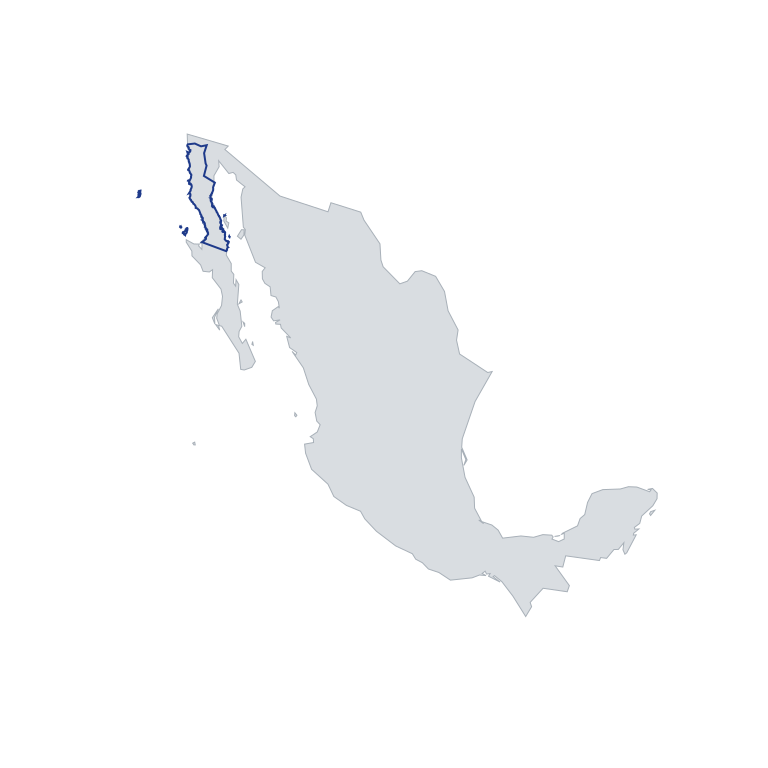 Ensenada, Baja California, Mexico shown in context, rotated 21°
{"feature_id": "50627088B13797450449328", "entity_name": "Ensenada", "entity_type": "district", "adm_level": 2, "iso_a3": "MEX", "parent_name": "Mexico", "parent_adm1": "Baja California", "projection": "orthographic", "projection_center": [-114.931, 30.193], "detail": "fine", "context": "in_parent", "style": "outline", "palette": "blue", "viewbox_px": 768, "rotation_deg": 21, "n_neighbors": 0, "source": "geoboundaries", "source_scale": "gbopen_adm2", "svg_char_len": 9505}
<svg xmlns="http://www.w3.org/2000/svg" viewBox="0 0 768 768"><g transform="rotate(21 384 384)"><path d="M110.7,221.2L153.3,217.7L151.4,222.1L219.5,245.8L270.0,243.3L269.5,233.8L300.7,231.9L306.6,238.2L330.0,254.6L336.7,269.4L341.2,274.9L362.9,284.8L369.0,279.6L372.8,267.9L378.7,264.7L393.6,265.0L407.3,275.9L417.6,292.7L433.8,307.0L436.0,317.1L443.8,328.9L476.7,336.1L480.5,333.6L475.3,367.7L476.7,407.1L479.2,415.2L488.8,425.1L487.7,431.4L487.5,425.2L479.5,416.8L482.7,425.2L493.1,442.1L508.7,457.3L513.1,467.5L523.9,476.9L521.2,477.1L527.0,478.7L525.0,477.4L535.3,477.0L542.9,479.5L550.0,485.4L566.3,476.8L578.6,473.5L586.3,467.7L594.8,465.0L596.7,466.2L596.4,468.6L603.5,468.6L607.8,464.1L605.8,458.8L603.7,460.6L604.1,459.4L615.5,447.1L615.3,439.3L618.2,434.0L616.5,421.6L617.5,411.8L626.1,404.2L642.3,397.3L649.0,392.3L656.9,389.6L670.6,389.4L671.3,387.1L667.9,387.9L672.1,385.3L678.1,387.9L680.0,393.2L678.6,401.3L671.9,414.9L672.7,422.5L669.1,428.2L670.2,429.6L673.9,428.0L670.6,433.8L670.9,435.7L673.5,434.4L671.1,454.6L669.9,456.6L666.5,453.1L664.8,446.2L662.0,454.5L658.0,456.1L654.3,467.0L648.4,468.4L648.4,471.6L615.2,479.3L616.5,490.8L608.9,492.4L629.3,505.8L629.5,512.3L605.7,517.7L598.7,535.5L601.6,539.0L599.6,550.3L580.3,535.8L564.9,526.3L555.8,523.3L554.9,524.7L563.4,527.3L550.5,526.0L551.0,522.9L547.9,524.7L545.5,522.5L543.5,525.7L547.9,526.3L541.6,528.1L535.7,533.4L516.3,543.3L502.8,540.3L491.8,540.8L483.9,537.1L476.4,536.2L471.3,532.3L453.0,531.0L429.7,524.2L414.4,516.8L407.7,511.2L392.4,510.8L377.5,507.0L367.6,497.6L347.0,489.6L335.6,476.7L331.4,468.6L339.2,463.9L337.6,460.4L334.0,459.6L338.9,452.7L339.0,444.9L334.5,442.7L329.9,435.3L329.5,428.3L326.3,422.3L313.9,411.4L302.9,397.8L286.5,386.5L291.1,388.6L291.3,385.9L282.8,383.8L276.1,374.4L280.4,374.4L267.9,368.5L266.0,365.4L261.5,366.8L260.7,365.4L264.0,361.4L258.3,364.6L254.6,362.0L253.5,355.6L257.5,349.7L259.1,350.7L255.9,345.0L251.9,341.5L246.8,341.9L242.9,334.1L236.7,332.7L232.8,329.4L230.0,322.6L231.4,318.1L220.4,316.4L200.6,294.8L199.3,289.6L196.5,288.0L183.6,260.8L182.3,252.5L183.6,249.7L173.2,246.4L170.7,241.9L167.3,240.5L163.7,243.1L149.6,234.8L152.2,240.2L150.6,250.5L153.8,258.7L156.6,274.3L171.2,288.0L176.0,297.2L178.2,296.8L179.3,299.5L181.5,299.8L183.6,305.8L187.8,307.6L190.5,320.1L198.2,326.3L200.9,333.3L204.5,335.5L207.3,343.8L210.4,345.8L208.5,339.6L212.8,343.1L218.5,362.1L223.6,367.5L230.6,381.1L229.9,386.9L231.4,392.0L237.2,396.9L239.0,391.7L255.8,409.0L254.6,415.8L248.5,421.0L245.0,421.7L237.6,407.2L211.8,388.2L209.5,388.5L204.2,382.5L203.1,378.2L204.2,368.9L201.8,360.0L197.8,353.8L185.6,346.3L183.0,338.7L180.8,342.0L174.7,343.6L170.1,338.5L158.8,333.2L157.0,328.8L148.5,322.4L147.7,320.2L156.4,321.4L161.4,319.5L161.4,321.5L165.7,323.6L164.0,318.5L162.0,318.2L166.0,307.8L149.6,288.4L136.1,279.9L133.7,275.6L133.6,268.4L130.4,266.0L129.3,257.8L125.1,254.2L124.5,249.4L118.7,241.7L117.7,238.1L119.5,235.7L115.5,232.5L110.7,221.2ZM199.8,295.1L198.6,300.1L194.2,298.6L195.7,291.0L198.2,290.2L199.8,295.1ZM182.3,294.5L176.0,289.2L174.3,283.6L177.4,285.4L178.2,288.5L181.4,289.2L182.3,294.5ZM680.0,411.2L678.4,410.0L678.7,407.6L682.1,404.8L680.0,411.2ZM204.6,388.6L200.0,383.6L202.4,373.2L201.9,382.5L204.6,388.6ZM145.2,315.4L141.9,314.6L144.1,309.1L145.7,313.2L145.2,315.4ZM88.8,296.2L86.0,292.5L86.6,290.9L87.6,291.1L88.8,296.2ZM208.5,388.7L211.3,392.6L205.5,388.8L208.5,388.7ZM313.9,444.4L313.4,446.2L311.9,445.6L311.1,442.8L313.9,444.4ZM232.2,377.3L233.4,380.4L230.2,376.6L232.2,377.3ZM220.4,356.8L222.2,358.2L219.8,361.1L220.4,356.8ZM229.6,508.5L228.4,509.0L226.6,507.8L228.1,506.1L229.6,508.5ZM600.6,463.8L597.8,465.2L602.6,462.4L600.6,463.8ZM248.1,394.7L246.5,394.4L246.1,391.4L248.1,394.7Z" fill="#d9dde1" stroke="#a8b0b8" stroke-width="1"/><path d="M114.9,230.6L114.8,231.7L115.4,232.7L115.8,232.9L116.4,232.8L116.8,233.0L117.1,233.4L117.1,234.3L117.3,234.5L117.7,234.5L118.1,234.8L118.0,234.7L118.7,235.4L119.2,235.5L119.4,235.8L119.3,235.6L119.4,235.4L119.5,235.5L119.4,235.6L119.5,235.5L119.6,235.8L119.7,236.3L119.5,237.1L119.4,237.3L119.0,238.2L118.6,238.4L117.6,237.8L117.3,237.8L117.6,238.1L117.6,238.3L117.8,238.3L117.8,238.5L118.1,238.5L118.3,238.7L118.2,238.7L118.4,238.8L118.9,239.6L118.6,240.5L118.9,241.3L118.1,241.5L118.1,241.9L118.5,241.9L118.9,242.7L119.1,242.7L119.6,243.1L119.7,243.8L120.3,243.8L121.1,244.4L121.3,244.8L121.5,244.9L121.7,245.8L122.3,246.3L122.3,246.6L122.6,246.8L123.0,247.2L123.0,247.4L123.4,247.6L123.9,248.4L124.1,249.1L124.3,249.2L124.9,250.5L124.8,251.5L124.3,253.9L124.3,254.3L124.6,254.5L125.3,254.3L125.5,254.3L126.0,255.0L126.5,255.4L126.8,256.1L127.3,256.6L127.7,256.6L128.5,257.4L129.0,257.5L129.3,258.0L129.5,259.6L129.8,260.0L129.9,261.1L129.5,264.8L129.7,265.1L129.7,265.5L130.0,265.6L130.1,265.8L130.2,266.5L130.2,267.0L130.3,267.1L130.6,267.1L130.4,266.7L130.7,266.4L131.3,266.2L131.8,266.3L133.0,267.2L133.7,268.4L134.0,269.7L133.8,271.9L134.1,272.3L134.2,272.8L133.6,275.8L133.8,275.6L134.1,275.6L134.9,275.8L135.6,276.8L135.9,278.4L135.6,279.9L137.1,281.2L137.4,281.1L137.7,281.2L138.1,281.8L139.2,282.8L139.4,282.8L139.7,282.6L140.1,282.7L141.5,284.1L142.2,284.1L143.8,285.0L144.6,285.9L145.0,286.8L145.1,286.7L145.6,287.0L147.1,287.1L148.2,287.7L149.0,287.9L150.1,289.2L150.9,290.0L151.4,290.8L151.5,290.7L151.7,290.9L151.8,291.3L153.1,292.0L153.3,292.5L153.3,292.9L153.5,293.0L153.6,293.5L153.9,293.7L154.0,293.5L154.4,293.4L154.8,293.8L155.1,293.8L155.3,293.9L155.4,294.5L155.6,294.6L155.7,295.4L155.8,295.7L155.7,295.8L155.8,295.8L155.8,296.1L155.9,296.4L156.1,296.5L156.1,296.4L156.3,296.3L156.5,296.4L156.7,296.7L156.8,297.2L157.0,297.5L157.1,297.2L157.8,297.2L158.3,297.7L158.6,297.8L158.8,298.4L159.0,298.2L159.2,298.4L159.4,298.8L159.5,299.6L159.7,299.9L159.9,299.7L160.0,299.8L160.2,300.0L160.2,300.4L160.4,300.6L160.4,300.8L160.5,300.9L160.5,301.5L161.0,301.5L161.3,302.0L161.6,302.0L161.9,302.3L161.9,302.9L162.1,302.9L162.3,303.1L162.3,302.9L162.6,302.8L163.6,303.1L164.0,303.9L163.9,304.8L164.1,305.0L164.4,305.0L164.8,305.1L165.1,305.3L165.3,305.8L165.6,306.0L165.6,306.5L166.1,307.0L166.0,307.6L165.4,309.5L164.6,311.4L165.0,311.8L165.5,311.6L165.8,312.4L164.5,315.0L163.2,316.8L189.9,316.5L189.4,316.3L189.1,315.9L189.2,315.4L189.4,315.0L189.1,314.7L189.0,313.6L189.2,312.5L189.4,312.3L189.1,312.2L187.8,310.6L187.9,310.2L187.7,310.0L187.8,309.8L188.2,308.5L188.0,308.0L188.3,307.6L188.2,307.2L187.9,307.4L187.6,307.4L187.7,307.0L187.5,306.8L187.2,306.5L185.9,306.9L185.1,306.9L183.4,305.9L183.3,305.5L183.2,304.8L182.9,304.0L182.9,303.2L182.4,302.7L182.1,301.6L181.9,301.6L181.7,300.9L181.6,299.9L181.3,299.7L181.2,299.3L180.9,299.0L180.5,298.9L179.5,299.7L178.9,299.8L178.7,299.7L178.8,299.5L178.5,299.3L178.4,299.0L178.4,298.5L178.7,298.3L178.2,297.8L178.3,297.7L178.5,297.7L178.0,297.4L178.2,297.0L177.9,296.9L177.7,297.2L177.3,297.0L177.4,296.7L177.1,296.5L177.0,296.8L176.4,296.8L176.5,296.8L176.3,297.2L176.5,297.4L176.4,297.9L176.1,298.0L175.5,297.9L175.0,296.8L175.2,296.4L175.2,296.6L175.1,296.0L174.8,295.5L175.1,294.8L175.4,295.0L175.3,294.4L174.8,293.9L174.7,293.2L174.1,292.7L174.0,292.2L173.7,292.3L173.6,292.0L173.3,291.8L173.4,291.5L173.1,291.3L173.1,291.0L173.6,290.4L173.4,289.7L172.3,288.9L171.8,288.1L171.1,287.5L170.9,287.1L169.9,286.7L169.7,286.1L169.2,286.0L168.6,285.5L166.8,283.6L166.4,283.6L166.1,283.3L165.9,283.2L165.5,282.5L164.7,282.0L164.0,281.2L163.8,281.2L163.4,280.9L162.9,280.1L162.2,279.7L162.0,279.8L161.9,279.7L161.9,279.8L161.6,279.6L161.3,279.7L161.4,279.9L161.5,279.8L161.3,280.2L160.6,280.2L160.4,280.1L160.2,279.6L159.6,279.5L159.5,279.2L159.5,278.8L159.7,278.7L159.9,278.8L159.7,278.5L159.3,278.3L159.1,278.0L159.1,277.1L158.7,276.7L158.1,276.6L157.8,275.9L156.9,275.5L156.6,274.7L156.4,274.6L156.3,274.2L156.1,274.1L156.0,273.7L156.0,273.2L155.6,272.5L155.1,272.1L155.1,271.8L154.4,270.6L154.8,270.1L154.7,269.7L155.0,269.3L154.7,268.8L154.9,268.2L154.9,267.5L155.0,267.5L155.1,267.4L154.9,266.9L155.1,266.0L155.0,265.3L155.1,264.5L154.8,263.7L154.7,263.1L154.3,262.4L153.9,261.5L154.0,260.7L153.8,259.7L154.0,259.1L153.9,258.6L154.0,257.6L153.8,257.5L153.7,257.0L153.8,256.6L141.3,254.3L140.1,243.7L138.4,242.0L133.3,232.9L132.9,224.6L128.0,227.7L121.2,227.3L114.9,230.6ZM144.5,308.9L144.1,309.1L143.9,309.4L144.0,309.6L143.8,309.7L143.8,310.2L143.5,310.6L143.7,310.8L143.6,311.1L144.0,312.0L143.8,312.1L142.5,314.0L141.9,314.3L141.9,315.0L142.0,315.2L142.6,314.8L143.1,314.9L143.5,315.3L143.7,316.0L144.2,316.2L144.5,316.0L145.0,316.2L144.9,315.7L145.0,315.4L145.0,314.6L145.5,313.8L145.5,312.8L145.1,312.3L145.3,311.4L145.2,310.4L144.8,309.8L144.8,309.2L144.5,308.9ZM87.2,291.8L87.5,291.0L87.4,290.8L86.9,291.3L86.2,291.4L85.9,291.8L86.1,292.5L86.0,293.4L86.8,294.0L87.1,295.2L87.0,295.4L87.4,295.7L87.3,296.4L87.6,297.1L87.4,297.6L87.8,297.4L88.0,297.5L88.3,297.3L88.5,296.8L88.7,296.6L88.8,295.8L88.6,295.1L88.7,294.6L88.5,293.5L88.0,292.8L87.4,292.6L87.2,291.8ZM175.5,293.7L175.6,294.0L175.8,294.4L175.7,294.6L175.9,294.6L175.9,294.8L176.2,294.9L175.9,294.6L175.9,294.0L175.9,293.8L175.5,293.7ZM137.7,310.3L137.3,310.1L137.3,310.5L137.5,310.6L137.8,310.5L137.9,310.3L137.7,310.3ZM186.6,301.6L186.6,301.9L187.2,302.2L187.2,301.9L186.8,301.8L186.6,301.6ZM128.3,264.2L128.1,264.4L128.1,264.5L128.5,264.5L128.3,264.2ZM174.8,283.9L174.4,283.9L174.5,284.2L174.7,283.9L174.7,284.0L174.8,283.9ZM138.5,310.6L138.6,310.4L138.4,310.2L138.4,310.5L138.5,310.6ZM156.8,272.8L156.5,272.9L156.9,273.0L156.8,272.8Z" fill="none" stroke="#1e3a8a" stroke-width="2"/></g></svg>